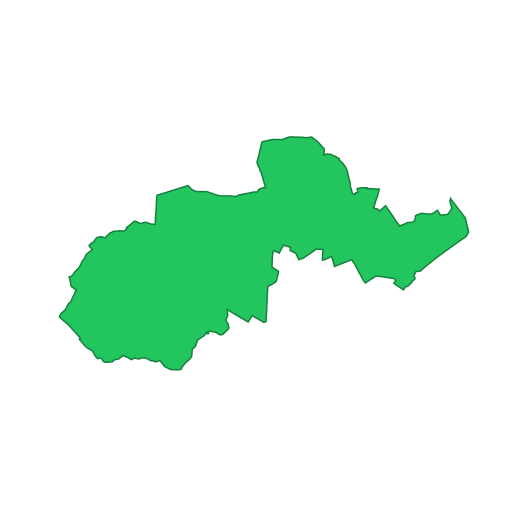 Madaras, Bihor, Romania, rotated 151°
{"feature_id": "2599482B85096243126104", "entity_name": "Madaras", "entity_type": "district", "adm_level": 2, "iso_a3": "ROU", "parent_name": "Romania", "parent_adm1": "Bihor", "projection": "albers", "projection_center": [21.733, 46.85], "detail": "fine", "context": "isolated", "style": "filled", "palette": "green", "viewbox_px": 512, "rotation_deg": 151, "n_neighbors": 0, "source": "geoboundaries", "source_scale": "gbopen_adm2", "svg_char_len": 6124}
<svg xmlns="http://www.w3.org/2000/svg" viewBox="0 0 512 512"><g transform="rotate(151 256 256)"><path d="M397.0,346.0L396.2,341.0L404.1,339.6L404.7,338.7L405.6,338.1L409.1,336.2L411.1,335.3L413.5,333.4L415.6,332.1L416.7,331.6L418.7,330.8L419.7,330.7L420.5,330.3L422.1,330.0L423.4,329.4L425.1,328.4L425.7,328.2L427.5,327.8L428.7,328.0L429.6,328.3L430.1,326.0L432.3,318.9L429.6,313.2L431.9,312.2L432.7,311.2L433.1,310.9L435.5,309.3L436.8,308.5L437.6,307.7L438.9,306.7L440.4,305.8L441.4,305.5L443.0,305.3L443.4,305.1L446.2,303.1L448.0,302.0L450.5,301.0L452.1,300.8L453.4,300.5L454.6,300.0L457.3,298.2L457.5,298.0L457.1,297.8L457.1,296.6L456.2,294.0L454.9,290.9L453.5,286.9L449.8,271.4L449.7,270.1L449.4,269.2L450.8,268.9L450.6,266.9L450.1,265.8L450.0,264.4L449.8,263.8L449.3,260.8L448.3,257.7L447.8,256.8L445.3,252.7L445.1,252.1L445.0,247.3L445.1,246.3L444.7,244.8L444.4,243.0L441.7,242.4L441.4,242.2L440.8,241.1L440.7,238.8L440.6,238.0L440.4,237.4L440.1,237.1L439.6,236.4L439.2,236.1L437.6,235.2L436.1,234.4L434.9,234.3L433.4,233.3L432.9,233.1L429.6,233.9L429.1,233.7L428.2,233.2L427.4,232.8L426.0,232.6L425.3,232.6L421.0,233.3L420.3,233.2L416.6,228.2L415.7,226.3L415.2,225.7L414.9,225.6L414.4,225.6L412.3,225.8L411.7,225.7L411.4,225.5L409.0,223.1L407.3,222.4L406.1,222.6L405.7,222.5L401.8,220.0L401.6,219.8L398.7,215.3L396.9,214.3L396.5,213.9L395.5,212.3L395.0,212.1L390.7,210.9L390.6,210.7L389.5,203.6L385.6,198.0L381.6,195.6L380.6,194.9L378.4,193.8L377.6,193.5L376.8,193.3L376.6,193.3L375.8,193.6L374.3,194.8L369.3,196.8L368.7,197.0L366.9,197.2L361.3,199.0L360.9,199.3L360.6,199.9L357.0,205.2L355.6,205.7L353.7,206.0L352.7,206.4L351.1,208.0L347.8,210.8L347.2,210.9L339.7,211.5L336.5,213.0L336.4,211.8L336.2,211.6L335.2,211.1L335.2,211.4L334.8,211.9L334.6,213.1L334.0,213.2L333.7,213.2L333.4,213.0L328.4,209.0L327.8,208.2L327.3,207.4L326.9,206.4L326.5,205.7L325.6,204.5L325.2,204.1L322.6,203.6L316.9,205.3L315.4,205.5L314.9,205.8L314.7,206.2L313.4,209.8L313.4,210.2L313.6,213.9L313.5,214.2L313.2,214.8L312.8,215.2L310.0,217.3L309.5,217.8L309.1,218.9L308.5,220.2L307.1,223.0L299.3,209.5L297.1,205.9L294.9,202.1L288.2,205.6L281.3,194.1L280.0,194.1L279.5,194.0L279.1,193.7L272.2,204.7L262.8,220.0L262.6,220.3L262.6,220.5L261.4,222.0L260.4,223.7L256.9,223.4L251.6,223.8L250.9,223.9L250.5,224.1L247.5,227.2L244.9,230.2L243.7,231.7L244.9,233.8L246.6,237.2L247.3,238.8L242.7,246.2L241.7,247.9L240.6,249.4L238.5,251.9L238.4,251.9L237.6,251.9L237.3,251.5L237.1,250.9L236.8,250.4L235.5,249.2L234.4,247.3L226.8,252.1L223.5,248.9L221.6,246.8L223.6,244.3L219.9,239.1L220.3,232.0L219.5,231.8L215.5,231.2L207.0,232.0L200.1,232.8L194.2,229.2L199.4,221.2L199.7,220.7L199.9,220.2L197.4,219.4L190.2,219.0L190.1,218.9L191.6,211.8L192.4,208.8L174.1,206.4L173.6,200.2L173.6,198.6L173.8,195.5L173.9,190.7L173.8,188.6L174.0,183.5L173.5,179.4L160.9,180.3L155.4,176.5L149.4,171.7L146.1,169.3L145.9,169.0L145.8,168.7L145.7,167.8L145.4,166.9L145.9,166.8L148.7,165.3L143.4,154.9L142.1,155.5L141.7,155.8L141.4,156.3L141.0,156.6L140.5,156.7L139.9,156.5L139.5,156.2L138.7,156.1L137.8,156.0L136.6,156.2L133.3,157.3L133.0,157.1L132.6,157.4L131.9,158.1L131.7,158.2L128.5,158.6L127.9,159.3L127.6,159.9L127.4,160.4L127.6,161.4L127.6,162.0L127.4,162.4L127.3,162.7L125.5,163.4L124.4,164.5L123.9,164.7L123.4,164.7L121.0,163.7L119.0,163.1L116.9,163.8L115.7,164.1L100.1,166.9L75.7,169.9L62.7,171.2L58.4,173.9L54.5,187.9L57.5,208.0L57.9,211.1L58.0,212.0L59.1,210.4L59.5,210.4L60.3,208.6L60.8,206.8L61.2,204.0L61.4,203.3L61.9,202.8L63.2,201.8L64.5,201.0L66.4,200.3L67.3,199.9L68.2,199.6L68.5,199.6L70.5,200.4L71.6,200.8L73.7,201.8L74.9,202.2L75.0,204.6L75.0,208.0L82.1,207.4L82.9,208.2L84.3,208.7L90.4,213.0L91.0,213.2L95.3,213.9L97.1,213.9L97.7,212.6L98.8,211.3L100.4,210.1L101.0,209.8L102.4,209.7L104.1,210.2L106.0,211.3L108.0,211.9L108.3,211.9L108.7,211.5L108.9,211.7L112.6,212.3L115.9,212.6L115.8,212.8L116.1,215.7L116.4,216.9L116.7,219.1L116.8,220.9L116.9,222.9L117.3,227.6L118.3,237.1L126.1,235.5L126.7,237.6L127.0,238.2L129.3,240.1L129.5,241.5L129.0,241.8L127.7,243.0L126.5,244.2L123.8,246.9L122.9,247.7L121.4,248.7L120.7,249.5L115.7,254.7L126.2,261.1L125.6,261.6L129.7,264.1L134.7,266.0L136.2,262.2L138.2,263.0L140.1,261.8L141.3,264.2L140.1,269.0L139.9,270.7L139.0,272.4L137.7,276.1L136.9,279.6L135.0,286.0L134.6,289.5L134.5,290.5L134.7,291.1L135.1,294.8L136.7,299.9L136.0,300.7L137.3,302.9L138.3,304.6L140.0,306.4L140.2,306.8L140.4,307.7L140.7,308.1L141.9,308.8L142.4,309.4L142.9,309.7L143.9,310.5L146.0,311.3L147.7,311.4L144.4,316.4L146.8,326.6L148.4,330.0L149.3,332.5L149.5,332.8L150.0,333.2L150.8,333.5L154.7,335.1L155.3,335.5L156.5,336.3L156.9,336.7L158.3,337.5L160.1,338.7L165.6,341.9L166.0,342.3L168.7,343.7L170.0,344.1L173.6,344.8L173.9,344.8L175.3,344.6L176.0,344.8L179.7,346.9L184.3,349.6L195.3,353.0L199.0,349.1L203.0,344.6L209.8,337.3L210.2,335.2L210.5,332.8L210.4,331.9L210.7,329.6L211.2,327.7L210.7,327.3L212.4,320.6L213.7,314.5L214.5,311.0L214.8,311.4L215.7,312.0L219.7,312.8L220.4,312.9L221.2,312.7L223.4,311.8L224.4,311.6L224.7,311.6L225.0,311.8L226.0,312.6L227.2,313.2L232.1,314.6L240.8,317.5L241.5,317.7L243.5,317.5L245.5,318.3L247.4,319.5L248.4,320.4L249.5,321.1L256.9,325.1L258.7,326.3L261.7,329.3L264.0,332.0L265.0,332.9L266.2,334.4L267.5,335.8L270.5,337.7L276.1,340.8L277.1,341.6L278.1,342.5L279.6,344.8L280.0,345.6L281.0,349.4L281.2,350.5L313.2,357.1L315.7,353.3L322.8,342.0L324.6,339.2L325.5,337.9L328.1,333.7L329.0,332.5L330.6,333.8L332.3,334.8L335.2,338.0L335.7,338.8L336.0,339.0L336.8,339.3L338.1,339.6L340.1,340.0L341.2,340.5L341.6,340.8L342.0,341.2L342.8,342.2L343.6,343.7L344.8,345.0L345.4,345.4L346.4,345.3L351.0,344.3L352.6,344.1L354.1,343.7L355.2,343.8L355.5,343.5L355.5,342.7L356.8,342.4L357.2,342.0L357.7,342.0L358.6,341.9L359.1,341.9L360.5,342.4L362.8,344.1L363.6,344.5L364.0,344.6L364.5,344.5L368.2,346.6L368.7,346.7L370.8,346.7L372.3,346.9L374.6,346.4L376.0,346.0L377.7,345.7L378.5,345.1L378.8,345.1L379.1,345.1L379.4,345.2L382.1,348.1L382.8,348.4L383.8,348.3L385.3,349.2L386.5,349.1L388.7,348.4L390.3,347.4L391.8,347.0L392.9,346.8L394.0,347.1L397.0,346.0Z" fill="#22c55e" stroke="#15803d" stroke-width="1.5"/></g></svg>